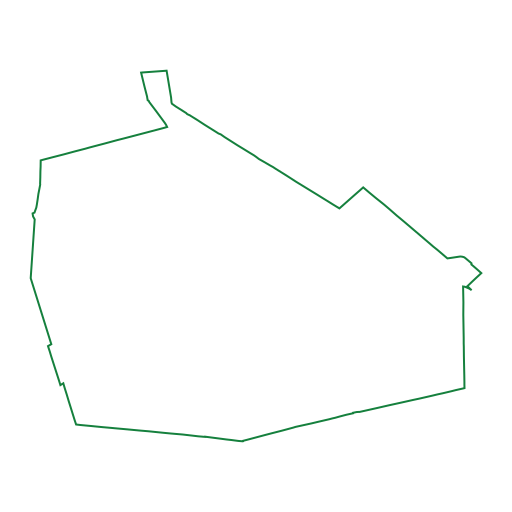 Lovrin, Timis, Romania (Robinson projection)
{"feature_id": "2599482B37768504608814", "entity_name": "Lovrin", "entity_type": "district", "adm_level": 2, "iso_a3": "ROU", "parent_name": "Romania", "parent_adm1": "Timis", "projection": "robinson", "projection_center": [20.769, 45.969], "detail": "fine", "context": "isolated", "style": "outline", "palette": "green", "viewbox_px": 512, "rotation_deg": 0, "n_neighbors": 0, "source": "geoboundaries", "source_scale": "gbopen_adm2", "svg_char_len": 2653}
<svg xmlns="http://www.w3.org/2000/svg" viewBox="0 0 512 512"><path d="M463.7,343.6L463.7,338.1L463.5,326.5L463.3,314.8L463.4,302.4L463.2,291.7L463.1,286.5L464.6,286.7L466.7,287.5L469.0,288.5L470.5,289.4L471.6,290.2L467.4,286.2L472.2,281.6L475.7,278.3L481.3,273.1L476.0,268.4L471.4,264.5L471.5,263.3L467.6,260.0L466.2,258.8L464.7,257.6L463.8,257.1L463.3,257.0L462.9,256.9L462.2,256.7L461.4,256.6L460.5,256.5L459.5,256.6L451.6,257.8L447.4,258.4L437.3,249.8L433.4,246.7L424.2,238.8L414.0,230.1L401.5,219.5L396.9,215.7L389.5,209.2L384.1,204.6L376.7,198.7L375.1,197.4L369.3,192.6L363.2,187.4L359.6,190.6L353.9,195.6L339.4,208.4L333.0,204.5L316.9,194.5L297.3,182.5L296.0,181.7L287.5,176.2L275.5,168.7L273.1,167.1L270.0,165.4L264.2,162.0L258.9,159.0L256.3,157.0L253.9,155.3L250.4,153.2L242.6,148.4L237.5,145.3L225.4,137.6L224.9,137.3L223.6,136.4L220.8,134.4L218.5,133.5L216.0,131.9L204.5,124.7L197.3,120.0L190.7,115.9L190.0,115.4L188.0,114.5L187.2,114.1L186.1,113.0L175.8,106.5L171.9,103.7L171.5,102.4L171.1,97.6L166.6,70.7L164.1,70.9L142.0,72.5L141.1,72.6L144.4,86.2L147.1,96.7L147.2,97.6L147.7,100.3L148.5,100.7L148.9,101.1L149.3,102.1L156.7,111.9L164.8,122.9L166.1,124.9L167.1,127.0L163.6,128.0L151.1,131.3L137.0,135.0L130.9,136.6L124.4,138.3L116.9,140.2L109.9,142.1L104.0,143.7L99.4,144.9L94.8,146.1L89.5,147.5L85.3,148.7L75.2,151.3L64.1,154.3L52.8,157.2L42.8,159.8L40.7,160.4L40.6,166.7L40.4,171.4L40.3,177.6L40.1,183.7L40.2,184.6L39.4,188.8L38.4,193.9L37.6,199.7L36.8,204.9L36.3,207.6L35.3,210.3L35.0,211.1L34.5,212.6L32.6,213.4L32.6,213.7L33.1,216.5L34.7,219.4L30.7,278.2L51.3,344.2L48.0,346.1L48.8,348.6L49.7,351.3L51.2,356.3L54.5,366.6L57.5,375.9L59.1,380.9L60.4,385.1L63.3,383.3L64.8,388.4L66.7,394.4L68.7,401.1L70.9,408.1L72.7,413.9L74.6,420.0L76.1,424.5L80.3,425.0L91.0,426.0L102.1,427.1L111.2,427.9L114.3,428.2L127.7,429.4L139.3,430.5L148.8,431.3L162.4,432.7L170.8,433.5L177.9,434.1L182.6,434.5L192.2,435.6L198.1,436.3L202.8,436.7L205.3,436.9L205.3,436.7L207.5,437.0L211.3,437.5L214.4,437.9L221.4,438.8L226.7,439.5L231.3,440.0L237.3,440.8L239.0,441.0L242.8,441.3L243.1,441.2L243.1,440.8L246.7,439.9L257.6,437.0L265.1,435.0L272.0,433.2L281.8,430.7L293.3,427.6L295.5,426.9L299.6,426.0L311.5,423.4L318.6,421.7L329.4,419.2L332.4,418.4L335.1,417.8L339.7,416.5L343.9,415.4L346.6,414.7L352.9,413.3L352.8,413.0L352.9,412.8L356.9,412.0L359.7,411.9L364.2,410.9L376.7,408.1L382.8,406.7L389.8,405.1L400.3,402.8L413.3,399.9L419.4,398.6L432.1,395.7L437.5,394.4L442.6,393.3L451.5,391.2L455.8,390.1L463.8,388.3L464.5,388.1L464.4,384.6L464.4,381.9L464.3,375.6L464.1,366.1L463.9,356.2L463.8,346.6L463.7,343.6Z" fill="none" stroke="#15803d" stroke-width="2"/></svg>